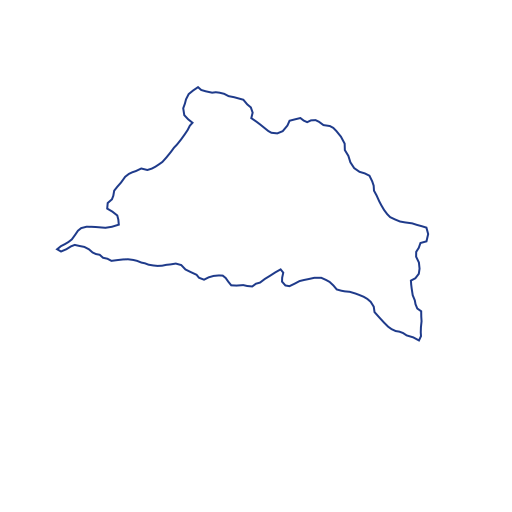 Cravinhos, São Paulo, Brazil (Albers equal-area conic projection), rotated 231°
{"feature_id": "56859067B19877551260818", "entity_name": "Cravinhos", "entity_type": "district", "adm_level": 2, "iso_a3": "BRA", "parent_name": "Brazil", "parent_adm1": "São Paulo", "projection": "albers", "projection_center": [-47.747, -21.314], "detail": "fine", "context": "isolated", "style": "outline", "palette": "blue", "viewbox_px": 512, "rotation_deg": 231, "n_neighbors": 0, "source": "geoboundaries", "source_scale": "gbopen_adm2", "svg_char_len": 2788}
<svg xmlns="http://www.w3.org/2000/svg" viewBox="0 0 512 512"><g transform="rotate(231 256 256)"><path d="M398.9,212.6L399.8,208.9L399.9,204.2L398.0,197.2L397.1,191.8L396.0,186.9L392.6,183.0L390.7,179.7L390.5,174.1L386.5,170.2L380.9,172.3L374.8,173.7L370.9,171.9L366.7,169.1L369.4,162.4L372.7,156.7L379.0,150.1L381.9,146.9L385.4,142.7L387.7,137.7L387.7,133.5L386.3,128.9L384.8,123.3L384.9,119.0L385.5,114.9L386.4,110.7L386.4,105.7L382.2,107.3L380.6,112.9L379.9,118.4L378.7,122.1L374.8,125.2L371.1,128.3L366.3,130.4L361.6,131.2L358.3,132.8L355.3,135.3L350.9,136.0L347.4,138.8L343.2,140.6L340.0,145.8L337.0,150.5L334.0,154.5L330.2,158.1L327.1,160.5L323.0,162.8L320.2,165.1L316.9,167.0L313.3,170.2L310.2,173.3L307.5,177.0L305.6,180.7L303.3,184.2L300.6,188.9L296.0,192.2L289.9,192.7L284.7,195.1L278.8,198.0L275.0,198.0L270.3,200.7L269.2,205.8L267.2,210.5L264.2,215.0L261.7,217.8L258.0,218.6L253.5,218.3L248.8,218.3L245.3,222.2L241.4,227.8L238.2,230.3L234.7,233.9L234.5,238.5L232.8,242.4L232.6,248.5L231.8,254.5L231.1,260.9L230.1,266.7L225.9,266.7L222.7,262.7L219.7,260.1L214.6,260.3L211.5,263.0L210.2,268.5L209.1,274.1L207.1,278.3L205.0,282.3L202.4,287.5L198.0,293.0L193.2,295.4L189.5,296.9L184.4,297.6L179.2,297.7L175.4,300.4L172.7,302.7L169.2,306.3L164.2,309.7L160.8,311.7L156.6,314.0L152.6,315.5L148.2,316.3L142.5,315.6L137.8,312.8L133.8,313.0L129.8,313.2L123.6,313.6L117.9,314.2L113.9,315.3L109.8,317.3L107.0,319.8L103.6,321.8L99.5,323.1L93.8,327.0L87.8,329.5L89.9,333.8L93.0,336.0L96.9,339.4L101.1,343.6L104.9,346.3L109.1,349.6L113.7,348.3L118.1,349.6L121.6,351.5L126.9,353.1L132.9,356.6L136.1,358.6L139.4,360.9L138.4,365.8L139.7,371.3L143.2,375.1L148.4,378.5L154.7,380.0L158.4,383.1L159.9,387.6L162.6,392.0L160.1,397.7L164.7,403.6L170.8,406.3L174.8,403.6L179.1,400.5L183.1,397.9L188.4,392.9L192.2,389.6L197.0,387.0L201.8,384.7L206.0,384.3L211.2,384.5L216.5,385.3L221.0,386.2L227.1,387.8L232.5,388.8L236.6,391.7L240.9,393.3L247.0,394.7L251.8,392.5L256.3,389.4L262.5,387.6L269.4,388.3L275.7,390.8L282.4,391.7L287.5,395.6L295.2,397.1L302.5,397.1L306.9,396.7L310.5,395.2L315.3,390.8L320.7,389.4L324.1,387.8L326.8,384.1L327.8,380.0L331.2,378.3L335.3,377.3L337.9,371.8L340.0,367.2L337.6,362.5L336.2,355.3L337.9,349.7L342.1,345.5L345.4,344.2L355.6,342.0L360.0,340.9L366.1,339.1L369.5,343.6L374.7,345.5L379.4,344.6L385.4,344.5L389.3,341.7L393.2,338.9L397.5,335.3L402.1,333.3L405.9,330.4L408.6,327.8L410.5,324.7L415.6,320.6L419.5,317.9L423.7,317.2L424.2,311.3L424.2,305.6L421.8,300.2L419.2,296.7L416.6,292.4L410.6,288.9L405.0,289.3L399.5,290.5L398.9,286.6L396.9,282.1L395.4,277.2L393.7,271.0L392.3,264.6L391.8,260.5L390.5,255.6L389.0,248.6L388.0,242.4L388.3,238.1L388.7,234.0L389.5,230.0L391.2,225.7L396.2,221.9L397.6,216.1L398.9,212.6Z" fill="none" stroke="#1e3a8a" stroke-width="2"/></g></svg>